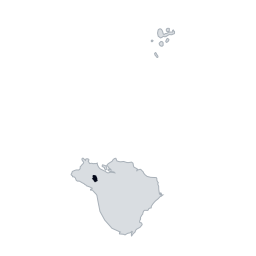 Nabon, Azuay, Ecuador shown in context, rotated 101°
{"feature_id": "8360857B24818019376312", "entity_name": "Nabon", "entity_type": "district", "adm_level": 2, "iso_a3": "ECU", "parent_name": "Ecuador", "parent_adm1": "Azuay", "projection": "robinson", "projection_center": [-79.125, -3.333], "detail": "fine", "context": "in_parent", "style": "filled", "palette": "ink", "viewbox_px": 256, "rotation_deg": 101, "n_neighbors": 0, "source": "geoboundaries", "source_scale": "gbopen_adm2", "svg_char_len": 4954}
<svg xmlns="http://www.w3.org/2000/svg" viewBox="0 0 256 256"><g transform="rotate(101 128 128)"><path d="M233.2,103.8L232.5,104.3L230.7,104.5L229.3,104.0L228.8,104.0L228.7,104.5L230.5,105.9L231.4,108.2L232.6,109.6L233.4,110.3L233.5,110.8L233.2,111.8L233.2,112.5L233.6,116.1L233.3,116.3L232.3,116.3L231.6,115.7L229.5,124.6L222.8,133.3L215.2,139.6L206.4,143.2L200.0,145.7L199.0,146.7L195.8,151.1L195.7,151.5L196.1,152.3L196.2,152.7L195.7,153.0L195.3,153.1L195.1,152.9L195.0,152.3L194.5,151.8L194.0,151.6L193.8,151.8L193.7,152.3L193.1,154.6L193.0,155.8L192.8,156.3L192.8,157.3L192.1,158.3L191.6,159.8L191.1,160.4L190.4,162.8L189.5,165.3L189.4,166.1L189.7,166.7L189.8,167.2L189.4,168.7L187.1,170.2L186.5,171.0L186.3,171.8L186.4,172.5L186.4,173.1L185.6,173.3L184.9,174.7L184.3,175.0L182.9,174.5L181.9,174.5L181.1,174.1L179.5,171.7L178.9,170.3L178.7,168.4L177.1,167.2L175.1,167.5L174.5,167.0L172.9,166.2L171.6,165.3L170.7,164.9L169.9,165.1L168.7,166.6L167.5,167.3L167.0,167.3L166.3,166.8L166.2,166.3L167.9,163.6L166.6,163.5L166.2,163.0L166.1,162.3L165.9,161.6L166.2,160.7L166.8,160.2L167.9,160.6L168.6,160.6L169.0,159.8L170.0,159.2L170.2,158.8L169.7,157.4L169.5,156.7L169.7,156.3L169.6,154.9L169.3,154.4L169.3,153.6L169.1,153.1L168.9,152.2L168.3,151.6L170.4,150.7L171.2,150.0L172.1,149.3L172.9,148.3L173.5,147.3L174.7,142.7L175.9,139.8L175.7,138.5L174.7,136.6L174.5,133.8L174.6,133.0L174.5,132.4L173.8,133.5L174.0,137.6L173.4,139.4L172.6,139.8L172.1,139.5L172.4,136.5L171.8,137.1L170.8,139.1L169.3,140.6L169.2,141.1L168.8,141.7L167.6,141.1L166.7,140.5L163.6,137.2L161.7,136.5L160.5,135.3L160.2,134.8L160.1,134.1L161.3,133.4L162.5,132.5L162.7,130.4L162.6,128.8L161.7,126.0L162.1,122.4L161.9,121.0L160.8,118.0L161.6,116.4L164.4,115.3L165.3,114.6L166.0,112.2L166.6,110.8L167.8,111.3L168.8,111.3L167.5,110.7L166.4,108.6L166.2,107.6L168.3,104.6L169.4,103.9L170.7,102.3L171.9,100.0L172.1,96.3L171.7,93.6L171.3,90.8L172.0,90.1L173.7,89.7L175.1,88.8L175.8,87.9L177.4,88.1L179.3,86.8L182.4,86.1L186.6,84.6L187.6,83.3L187.1,81.0L188.7,82.4L189.4,83.5L191.6,84.8L194.2,87.0L195.9,88.1L197.7,89.1L200.4,90.2L202.0,90.0L202.7,91.7L203.3,92.2L204.9,92.7L205.1,93.0L205.6,96.0L206.0,96.5L207.3,97.0L209.0,97.2L209.6,97.1L211.1,97.9L213.3,98.6L214.1,98.7L214.4,98.6L214.6,98.3L215.2,98.3L216.2,98.7L217.6,98.8L218.5,98.4L218.6,96.7L219.0,96.3L220.0,95.7L220.5,95.8L223.1,97.2L223.6,97.7L224.3,98.6L225.5,100.0L226.8,100.9L228.9,101.3L230.9,102.8L233.2,103.8ZM27.3,101.9L28.1,102.8L28.5,105.5L31.1,108.3L31.5,109.9L31.2,110.6L31.3,110.9L32.6,112.0L33.4,113.2L32.1,115.9L29.2,117.1L26.1,117.1L25.4,116.8L24.6,115.7L24.5,114.8L24.9,113.9L26.5,112.5L29.0,111.3L29.3,110.4L28.3,109.5L27.6,107.7L26.1,106.4L25.3,102.6L24.8,102.4L23.7,102.9L23.2,102.4L23.1,102.2L24.2,101.3L24.5,100.7L26.1,100.4L26.9,100.9L27.3,101.9ZM39.4,113.5L38.7,113.5L36.7,112.1L36.8,110.7L37.6,109.8L40.2,109.3L41.3,110.2L41.2,111.8L40.3,113.0L39.6,113.3L39.4,113.5ZM170.8,145.6L170.5,146.1L169.3,146.1L169.0,145.9L169.2,143.2L169.6,142.4L170.6,141.5L171.4,141.1L172.5,141.2L173.6,142.0L172.3,143.3L171.3,143.7L170.8,145.6ZM25.3,108.9L24.0,109.2L22.9,108.7L22.5,107.9L22.4,106.8L22.5,106.4L24.9,106.0L25.7,106.9L25.7,108.4L25.3,108.9ZM51.2,115.5L49.7,116.1L48.8,115.5L48.7,115.2L49.6,114.3L50.4,113.8L51.1,112.8L52.5,112.1L52.9,112.3L53.1,112.5L53.2,112.8L52.8,113.7L52.0,114.3L51.2,115.5ZM36.3,107.1L35.7,107.5L33.3,107.0L32.5,106.2L33.1,105.0L33.6,104.6L35.1,105.0L36.6,106.3L36.3,107.1ZM38.3,121.8L37.7,121.8L37.0,121.2L37.6,120.0L38.6,120.6L38.8,121.1L38.3,121.8ZM186.5,84.0L185.8,84.1L185.4,83.4L186.3,82.6L186.6,82.4L186.5,84.0Z" fill="#d9dde1" stroke="#a8b0b8" stroke-width="1"/><path d="M182.5,150.1L182.4,150.2L182.4,150.3L182.2,150.3L182.0,150.5L181.9,150.5L182.0,150.8L182.0,151.0L181.9,151.0L181.9,150.9L181.9,151.0L181.7,151.0L181.7,151.3L181.4,151.3L181.4,151.5L181.4,151.8L181.5,151.9L181.4,152.0L181.4,152.3L181.5,152.3L181.5,152.5L181.6,152.8L181.8,152.9L181.9,152.7L182.0,152.6L182.1,152.4L182.3,152.2L182.5,152.0L182.5,151.9L182.5,151.7L182.7,151.4L182.8,151.3L183.0,151.4L183.3,151.4L183.4,151.5L183.3,151.8L183.5,151.8L183.6,152.0L183.8,152.0L183.9,152.3L184.0,152.3L184.3,152.3L184.4,152.5L184.5,152.6L184.6,152.4L184.4,152.4L184.6,152.2L184.7,151.9L184.8,151.8L184.8,151.7L185.0,151.6L185.0,151.4L185.2,151.1L185.3,151.2L185.5,151.1L185.8,151.1L186.0,151.0L186.1,150.9L186.0,150.7L186.0,150.4L185.9,150.4L186.0,150.3L186.2,150.2L185.9,150.0L185.9,149.9L185.7,149.9L185.8,149.8L185.7,149.8L185.7,149.7L185.7,149.8L185.7,149.7L185.6,149.8L185.6,149.7L185.5,149.4L185.4,149.3L185.4,149.2L185.4,149.3L185.4,149.2L185.2,149.1L185.2,148.9L185.1,148.7L185.0,148.8L184.9,148.9L184.8,149.0L184.8,149.3L184.7,149.3L184.6,149.5L184.5,149.4L184.4,149.4L184.2,149.4L184.1,149.5L184.1,149.4L183.9,149.4L183.8,149.2L183.7,149.2L183.6,149.3L183.4,149.3L183.2,149.4L183.1,149.5L182.9,149.7L182.9,149.8L182.7,149.9L182.7,150.0L182.5,150.1Z" fill="#0f172a" stroke="#020617" stroke-width="1.5"/></g></svg>